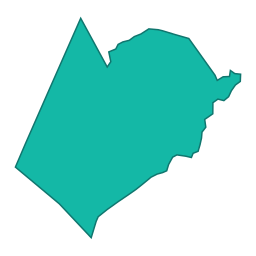 Nazaré da Mata, Pernambuco, Brazil (Robinson projection)
{"feature_id": "56859067B75061045492706", "entity_name": "Nazaré da Mata", "entity_type": "district", "adm_level": 2, "iso_a3": "BRA", "parent_name": "Brazil", "parent_adm1": "Pernambuco", "projection": "robinson", "projection_center": [-35.207, -7.742], "detail": "fine", "context": "isolated", "style": "filled", "palette": "teal", "viewbox_px": 256, "rotation_deg": 0, "n_neighbors": 0, "source": "geoboundaries", "source_scale": "gbopen_adm2", "svg_char_len": 845}
<svg xmlns="http://www.w3.org/2000/svg" viewBox="0 0 256 256"><path d="M80.7,18.3L46.8,95.1L25.3,144.0L15.4,167.1L59.3,203.8L91.2,237.7L92.8,232.4L96.2,221.2L98.2,216.7L101.7,213.9L107.2,209.5L118.1,201.7L130.6,193.2L136.0,189.4L143.4,183.5L151.0,177.2L157.1,174.1L162.6,172.6L166.7,170.8L168.6,164.5L172.6,157.2L176.9,154.9L185.8,156.2L191.4,157.5L193.1,153.3L198.1,151.3L200.0,144.8L201.5,138.1L202.0,132.1L205.8,127.2L204.7,119.4L212.8,113.8L212.9,102.7L217.9,99.1L223.9,100.6L228.6,96.7L231.4,90.7L235.4,85.0L240.3,81.4L240.6,74.2L234.8,73.6L230.4,70.5L229.5,76.5L223.1,76.8L217.2,80.4L215.0,75.2L188.8,38.5L174.8,34.5L162.3,30.7L158.1,29.7L148.8,28.9L140.9,34.0L134.3,36.6L129.3,40.3L122.9,41.9L118.1,44.4L115.8,49.0L108.8,51.9L110.8,61.7L107.2,67.0L97.0,48.3L94.1,42.9L80.7,18.3Z" fill="#14b8a6" stroke="#0f766e" stroke-width="1.5"/></svg>